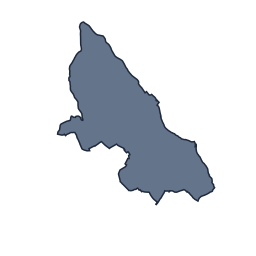 Buza, Cluj, Romania (Natural Earth projection), rotated 222°
{"feature_id": "2599482B62988480086143", "entity_name": "Buza", "entity_type": "district", "adm_level": 2, "iso_a3": "ROU", "parent_name": "Romania", "parent_adm1": "Cluj", "projection": "natural_earth1", "projection_center": [24.153, 46.91], "detail": "fine", "context": "isolated", "style": "filled", "palette": "slate", "viewbox_px": 256, "rotation_deg": 222, "n_neighbors": 0, "source": "geoboundaries", "source_scale": "gbopen_adm2", "svg_char_len": 5750}
<svg xmlns="http://www.w3.org/2000/svg" viewBox="0 0 256 256"><g transform="rotate(222 128 128)"><path d="M208.0,179.7L208.6,179.4L213.0,176.8L214.2,176.5L215.8,176.4L216.3,176.5L218.6,176.6L221.4,177.1L223.6,177.6L225.3,177.9L226.3,177.8L227.3,177.6L228.4,177.4L230.8,177.0L231.6,177.1L232.1,176.9L232.7,175.8L233.0,174.7L233.0,173.6L232.9,173.1L231.6,170.6L229.8,169.5L228.7,168.9L228.1,168.4L226.3,166.1L224.3,164.1L219.3,158.7L218.6,158.0L217.9,157.6L216.3,156.3L215.5,155.6L215.0,154.9L214.8,154.5L214.6,153.9L214.6,153.5L214.7,153.2L215.1,152.2L215.4,151.3L215.4,148.4L215.2,147.2L214.7,145.3L214.6,144.3L214.1,143.1L213.7,141.0L213.4,139.9L213.2,138.9L213.1,138.2L212.8,135.8L212.6,135.1L212.4,134.7L212.2,134.3L211.2,132.9L210.9,132.5L209.7,131.7L209.4,131.5L208.5,130.3L207.9,129.7L207.5,129.0L206.0,127.9L205.6,127.5L205.5,127.3L205.6,126.9L205.7,126.5L205.7,126.3L205.3,125.5L204.2,124.4L204.0,124.1L203.6,123.8L203.1,123.8L202.2,123.5L201.4,122.9L200.5,122.0L200.0,121.5L198.9,120.7L198.3,119.9L196.8,118.3L196.3,117.9L195.9,117.7L195.2,117.4L193.6,117.0L191.8,116.7L190.0,116.0L188.1,114.9L185.5,114.6L182.9,114.0L182.0,113.3L180.7,111.8L178.1,109.4L177.7,109.2L175.6,108.7L174.0,108.4L172.4,107.9L171.8,107.7L171.1,107.0L170.1,106.3L169.7,105.9L169.5,105.5L169.2,105.1L168.0,104.6L167.0,103.9L166.8,103.7L166.8,103.4L166.9,103.2L167.5,102.9L168.1,102.9L168.4,102.9L170.1,103.8L171.1,104.0L171.6,104.0L172.9,103.6L173.7,102.8L174.5,101.7L174.2,100.7L175.4,99.8L175.7,99.5L177.1,99.4L178.0,98.9L177.7,97.8L176.9,96.6L176.3,95.5L176.1,94.9L178.3,91.6L178.5,90.7L178.9,90.1L179.5,88.5L180.4,86.2L180.4,85.5L180.2,84.7L178.2,81.7L177.6,80.6L177.5,80.2L177.5,79.3L177.4,78.1L176.2,76.3L172.8,78.2L171.6,79.3L171.3,79.9L171.2,80.0L171.3,80.3L171.1,80.8L169.3,80.5L169.2,80.8L169.3,81.7L169.1,82.4L168.8,83.2L168.4,83.8L167.7,85.8L167.4,86.5L166.2,87.4L165.5,88.3L164.4,89.1L162.8,88.5L162.5,88.6L162.0,88.4L161.0,87.8L159.2,86.8L159.2,86.6L158.6,86.5L156.6,85.7L153.6,84.3L153.0,83.9L152.1,83.5L148.7,81.9L148.0,81.7L146.8,82.0L145.6,82.4L144.1,83.2L143.4,83.5L142.8,84.0L141.3,85.5L143.2,86.6L142.6,87.9L141.7,90.4L141.1,91.9L140.6,92.7L140.4,92.6L140.0,94.6L139.7,95.6L139.3,97.9L138.7,100.1L133.9,99.9L132.2,100.0L128.1,100.4L128.0,101.3L127.7,102.4L126.0,107.4L125.7,108.4L124.1,108.3L123.0,108.5L117.5,110.1L117.2,110.1L117.1,109.6L116.0,109.5L115.7,109.6L115.6,109.4L115.6,109.0L115.6,108.9L115.0,108.9L113.4,108.7L112.4,108.7L112.1,110.3L111.2,110.3L110.1,109.9L109.2,109.7L108.7,109.4L108.9,109.0L109.2,108.1L108.8,107.7L107.5,106.7L106.8,106.0L107.8,105.2L107.5,104.5L106.6,101.2L106.2,99.4L105.6,99.3L104.4,99.6L104.0,98.3L104.1,97.1L105.8,91.6L105.7,91.0L104.6,88.0L104.1,87.3L98.7,83.7L98.4,83.4L97.9,82.9L97.5,83.0L94.7,82.7L93.3,82.7L85.8,82.2L85.6,82.1L85.3,82.3L84.9,82.7L83.9,83.3L82.7,84.9L82.3,85.9L82.2,86.3L82.1,86.7L81.1,87.6L81.0,87.8L81.0,88.8L80.5,89.8L78.1,89.3L77.7,90.2L77.3,90.1L75.4,89.8L75.4,90.0L75.3,90.3L72.8,91.6L69.3,94.4L69.0,94.4L67.5,93.7L66.3,93.3L64.4,92.8L62.4,92.4L60.9,92.3L58.5,92.4L57.9,92.4L57.1,92.6L56.6,91.9L56.4,91.4L56.4,90.9L56.4,90.6L56.3,90.0L55.8,90.0L55.8,91.8L56.2,94.5L56.6,96.5L56.7,97.3L56.6,98.1L57.1,100.1L57.5,102.0L57.8,103.9L58.3,105.2L58.6,106.0L58.4,106.1L57.7,106.4L56.5,107.6L55.3,108.5L54.7,108.1L54.6,108.6L54.6,108.8L54.9,109.3L54.9,109.5L54.2,109.9L53.0,110.9L52.3,111.2L51.2,111.4L50.4,111.6L49.3,112.5L48.8,113.0L48.5,113.6L47.9,114.7L47.9,114.9L47.6,115.3L47.3,116.0L45.4,119.1L45.3,119.3L45.3,119.6L45.1,119.7L44.5,119.9L43.2,120.0L41.3,119.9L41.2,120.5L40.4,120.4L39.8,120.5L39.6,120.5L39.2,120.7L38.8,120.4L37.8,120.4L37.1,120.2L36.1,120.2L34.8,120.1L34.2,120.0L33.4,119.7L32.3,119.7L30.2,119.8L29.2,120.1L27.1,120.5L27.9,122.6L28.0,123.1L28.1,123.8L28.0,125.0L27.9,125.8L27.7,126.5L26.1,129.4L25.2,131.5L24.8,132.5L24.7,132.9L24.1,134.7L24.2,134.9L24.1,135.4L23.7,135.9L23.5,136.3L23.2,136.8L23.0,137.6L23.1,137.8L23.4,138.1L23.6,139.2L23.7,141.6L25.1,142.0L26.0,142.6L26.2,142.9L26.4,143.1L26.7,143.2L27.9,143.3L29.2,143.7L29.5,144.2L29.9,144.9L30.5,145.3L31.1,145.9L31.5,146.3L32.4,146.6L33.8,146.6L35.6,146.8L36.0,147.5L36.9,147.7L38.0,148.2L39.0,148.9L41.4,150.9L43.4,151.6L45.2,152.1L45.8,152.1L47.6,152.5L48.4,152.4L49.8,152.5L50.9,152.9L52.3,153.4L55.0,154.6L57.0,154.8L57.8,155.1L58.9,155.2L61.0,156.1L61.9,156.8L63.5,158.1L65.4,160.5L65.7,160.8L65.6,160.1L65.6,159.4L65.7,159.2L66.3,160.3L66.6,160.4L67.4,161.3L68.6,161.9L69.7,162.3L70.0,161.7L70.7,161.0L71.5,160.2L72.3,159.9L74.7,159.2L75.7,158.7L77.4,158.0L78.2,157.2L79.0,156.7L80.2,156.2L80.7,155.8L81.2,155.7L82.2,155.8L82.8,155.7L83.7,155.4L84.4,155.3L85.6,155.4L87.4,154.8L88.1,154.7L88.8,154.7L89.5,154.9L90.5,154.4L91.7,154.1L92.7,153.7L93.3,153.6L94.8,153.4L97.0,153.1L99.8,153.1L100.8,153.2L102.1,153.6L103.4,154.4L104.9,155.0L106.5,155.6L108.0,156.4L109.6,157.1L111.0,158.1L110.8,158.2L111.8,159.1L115.1,161.3L115.6,161.8L115.8,161.9L117.7,163.3L118.6,163.9L119.7,164.4L120.3,164.5L121.7,164.4L122.1,167.9L123.1,167.8L124.6,168.1L125.1,168.1L125.2,167.3L125.6,167.4L125.6,167.7L125.8,167.9L127.3,168.5L128.3,168.7L128.8,168.8L130.8,168.7L132.9,168.8L133.0,168.4L133.3,167.7L133.8,167.2L134.5,166.7L138.6,167.4L138.9,165.6L144.8,167.1L146.8,167.2L148.4,167.5L149.3,167.7L149.9,168.0L150.1,168.2L150.5,168.9L151.2,169.5L151.8,169.8L152.3,169.9L153.5,170.1L153.9,170.1L158.5,169.7L160.2,169.6L162.6,169.9L163.7,170.0L165.0,170.3L165.9,170.4L168.1,171.3L169.6,171.5L170.8,171.9L173.5,173.0L175.9,173.8L176.9,174.1L178.1,174.1L180.4,173.7L183.1,173.0L185.2,172.8L185.8,172.8L187.1,173.2L192.1,174.8L194.7,176.2L197.7,177.1L198.8,177.2L201.3,177.0L201.8,177.1L202.5,177.4L203.0,177.7L204.5,178.9L206.0,179.3L207.7,179.7L208.0,179.7Z" fill="#64748b" stroke="#1e293b" stroke-width="1.5"/></g></svg>